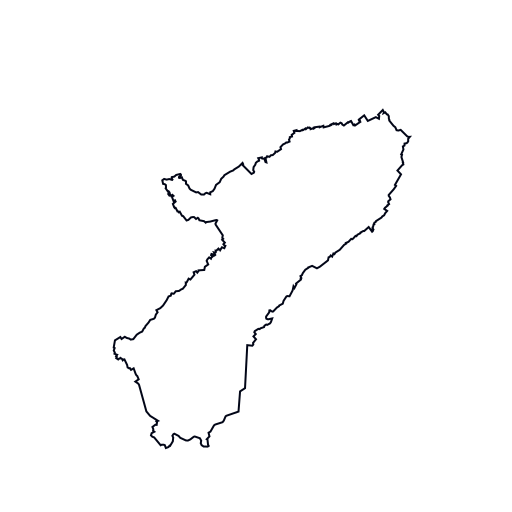 Song Phi Nong, Suphan Buri, Thailand (orthographic projection), rotated 321°
{"feature_id": "78962969B33377664551397", "entity_name": "Song Phi Nong", "entity_type": "district", "adm_level": 2, "iso_a3": "THA", "parent_name": "Thailand", "parent_adm1": "Suphan Buri", "projection": "orthographic", "projection_center": [99.994, 14.203], "detail": "fine", "context": "isolated", "style": "outline", "palette": "ink", "viewbox_px": 512, "rotation_deg": 321, "n_neighbors": 0, "source": "geoboundaries", "source_scale": "gbopen_adm2", "svg_char_len": 6091}
<svg xmlns="http://www.w3.org/2000/svg" viewBox="0 0 512 512"><g transform="rotate(321 256 256)"><path d="M429.2,275.9L431.3,270.6L433.2,269.2L432.8,268.4L437.6,266.0L439.1,263.3L440.9,263.6L442.2,262.1L444.0,263.1L445.1,263.1L446.5,262.6L448.0,260.7L450.5,260.2L449.5,259.5L448.8,258.1L447.8,249.0L445.6,248.1L444.4,246.7L445.3,243.6L444.8,241.4L444.8,234.6L445.3,234.2L445.6,233.0L447.2,230.9L447.4,228.8L446.8,228.2L446.9,225.7L445.1,225.3L445.9,224.8L446.4,222.3L439.8,223.1L439.9,224.7L437.9,226.7L436.5,223.5L427.9,221.4L428.6,214.8L421.9,214.7L422.0,215.8L421.3,215.8L421.4,217.4L415.1,216.9L415.3,215.8L414.0,215.6L414.8,211.0L414.0,210.9L414.0,210.6L411.6,210.4L411.6,209.9L406.4,209.9L405.8,208.2L406.1,206.7L405.5,205.5L402.8,205.5L402.6,204.8L401.2,204.4L401.6,203.2L399.6,202.5L399.8,201.7L396.7,200.9L396.7,201.5L394.7,201.0L389.5,198.6L390.3,197.2L386.5,196.0L386.8,195.4L382.5,192.8L381.9,192.6L381.7,193.4L380.7,193.2L380.7,192.7L378.3,191.8L378.7,191.2L378.5,190.0L377.9,190.0L377.2,188.7L374.6,188.8L374.7,188.0L371.9,187.8L371.2,187.5L371.3,187.1L368.7,186.6L365.9,184.1L366.5,183.6L364.1,182.5L363.3,184.5L360.0,184.3L359.2,185.8L357.1,184.9L356.2,185.9L354.9,186.3L354.1,188.2L351.4,187.4L351.0,186.8L349.1,186.8L347.4,186.3L343.5,186.8L342.7,188.7L338.0,188.3L336.9,187.0L335.8,187.9L332.5,188.1L331.0,187.1L328.9,187.4L327.4,185.5L326.3,186.1L325.1,185.6L323.0,189.8L322.5,189.0L323.7,185.5L322.1,184.2L322.1,183.4L322.5,183.0L319.3,181.4L318.9,183.2L318.4,183.9L316.5,183.4L314.5,183.5L312.9,184.6L310.1,185.4L307.9,187.5L307.6,189.4L306.7,189.9L304.1,189.4L302.8,176.5L303.8,176.5L304.1,175.2L299.0,175.7L293.5,175.0L292.3,175.2L289.0,174.2L282.3,173.3L280.7,173.9L277.6,174.1L274.2,175.8L269.7,175.6L266.1,177.6L263.2,178.4L260.5,177.7L259.3,179.2L257.4,175.8L256.2,175.4L254.2,175.5L252.1,173.7L251.2,169.9L249.5,168.9L247.0,163.5L246.8,161.8L247.7,158.5L247.0,155.8L248.4,154.2L248.6,153.5L247.1,150.8L247.9,148.2L245.9,147.5L245.4,146.7L245.9,146.1L248.4,146.1L248.9,145.4L248.8,144.6L245.0,142.8L242.5,142.9L240.2,141.7L239.5,142.3L239.2,144.0L238.7,144.1L237.0,141.6L234.6,140.4L233.1,138.3L230.8,138.2L229.2,141.5L230.3,142.8L230.6,144.2L229.1,146.2L228.4,146.5L228.1,150.6L228.8,150.7L228.8,151.9L228.6,152.6L226.8,152.6L226.7,154.5L228.0,154.6L227.8,156.0L229.5,155.9L229.7,157.3L228.0,157.1L227.4,158.6L226.5,161.4L228.1,161.7L227.8,163.1L224.2,163.2L223.1,166.6L223.4,166.8L223.1,167.8L223.8,168.2L223.1,171.5L223.4,171.5L223.5,173.5L224.6,173.6L223.8,178.2L224.5,179.2L224.4,184.7L226.2,185.4L229.8,185.1L231.6,186.1L232.4,186.9L232.7,189.5L234.8,189.7L235.0,190.7L234.5,192.6L237.5,196.2L237.9,198.4L238.5,198.2L242.0,200.4L246.9,202.6L248.1,203.3L248.3,203.9L244.9,205.3L244.4,206.1L243.2,219.0L241.2,220.7L241.3,222.0L239.9,222.1L240.2,226.0L238.1,226.3L238.1,227.8L238.6,228.8L236.3,230.0L235.0,227.8L231.9,228.9L232.1,228.1L231.3,227.8L231.4,226.6L228.4,226.9L228.0,226.4L227.0,227.8L226.1,227.5L225.6,226.8L225.0,229.5L224.1,229.5L223.8,228.0L222.7,226.4L221.6,227.1L222.0,229.1L220.0,229.2L219.3,229.7L218.7,227.6L216.1,228.0L214.6,228.7L213.5,232.5L209.5,232.2L207.0,234.3L202.3,231.0L201.9,231.5L199.9,232.0L199.9,230.1L197.3,229.4L196.4,231.8L190.2,233.0L189.4,231.2L185.9,232.7L184.6,233.0L184.5,232.7L183.2,234.4L178.4,235.4L177.0,234.9L174.2,234.7L171.4,232.9L168.6,233.6L167.9,233.3L167.1,232.0L166.6,231.9L164.8,233.2L162.6,232.4L158.8,234.1L152.6,236.0L148.8,236.3L144.5,235.4L144.1,237.8L141.3,238.5L138.7,240.3L137.1,240.5L133.6,239.1L130.6,240.1L126.0,240.9L124.4,241.8L123.3,241.7L120.0,243.1L117.3,242.4L113.8,242.1L108.3,243.4L106.0,242.1L105.6,240.5L104.0,238.4L103.2,236.2L99.3,235.9L99.6,233.6L93.3,232.8L87.8,237.6L88.2,238.6L86.0,239.9L85.5,242.2L84.5,242.9L85.9,245.4L84.1,245.9L84.3,246.9L83.1,247.4L83.8,249.7L85.1,249.6L85.9,250.1L86.5,249.9L87.1,251.7L86.8,253.2L88.1,253.1L88.7,253.5L87.3,259.5L86.1,261.8L86.7,263.4L87.4,263.7L87.2,265.8L90.2,266.3L88.3,271.8L88.0,273.3L88.2,274.6L87.2,278.0L83.2,277.7L84.2,281.1L84.0,282.6L73.0,307.8L73.1,313.6L76.1,322.4L74.5,321.9L74.5,322.9L72.5,324.7L71.7,323.8L67.9,323.7L67.2,326.0L66.1,327.0L66.4,328.6L63.4,328.0L61.5,329.3L61.7,331.2L62.7,332.9L62.8,343.1L63.9,343.3L65.5,344.6L66.1,345.6L65.1,348.5L67.8,349.4L69.4,349.0L69.7,349.5L74.7,347.7L77.4,345.0L77.9,343.1L79.7,342.5L80.7,342.7L82.6,347.1L82.7,349.6L85.5,355.3L87.0,356.6L89.5,357.2L93.8,357.3L94.8,357.7L97.7,362.3L97.2,365.0L95.2,366.8L94.7,368.8L95.4,371.1L98.5,373.7L99.7,373.8L100.0,372.4L102.8,368.1L102.5,367.4L106.3,366.9L107.9,363.5L110.1,363.8L116.8,361.2L118.2,361.3L125.4,364.1L127.3,363.7L131.4,361.5L132.4,361.5L144.5,365.9L158.4,351.2L164.3,351.8L193.1,319.8L196.7,323.4L198.2,323.1L199.0,321.7L203.6,320.7L203.4,316.9L206.7,316.5L206.7,314.2L207.8,313.6L212.0,314.1L212.8,315.1L213.9,315.0L217.5,316.3L218.7,315.5L220.8,315.7L221.4,316.6L224.5,317.2L226.1,316.7L229.3,314.7L225.5,312.8L224.6,311.3L224.9,310.4L225.8,309.4L230.8,308.1L232.2,306.7L232.9,307.1L233.2,308.6L234.0,309.8L234.5,309.9L239.9,309.2L242.2,309.5L242.9,309.1L246.8,309.9L249.2,308.2L254.1,306.6L255.1,306.8L256.7,308.4L262.8,305.8L266.0,303.2L265.7,305.1L269.6,303.4L269.8,302.6L276.1,302.6L276.6,301.5L277.4,301.6L277.9,299.6L279.6,299.8L281.5,298.8L285.7,297.7L289.2,298.1L289.4,297.8L293.4,299.0L295.6,303.9L298.8,304.5L309.2,304.7L311.6,302.7L312.7,303.1L314.4,302.6L314.8,304.4L317.7,302.8L318.1,303.9L319.9,303.3L324.9,303.9L331.4,302.8L333.9,303.1L334.1,302.4L336.8,303.2L340.8,302.6L341.3,303.5L342.3,303.6L346.0,303.0L346.5,303.8L348.3,303.3L351.4,304.0L351.9,303.5L355.1,304.1L355.8,304.7L361.8,304.4L361.5,310.2L362.3,310.2L363.9,309.3L363.6,308.2L364.2,308.1L364.6,307.1L365.2,307.1L367.2,305.5L367.9,305.8L368.2,305.1L369.0,304.6L370.3,304.9L371.2,304.4L377.7,305.1L379.1,304.7L381.2,305.0L383.4,304.0L386.3,303.5L385.3,300.1L386.5,299.7L389.9,299.7L390.0,299.3L392.1,299.4L392.6,297.3L393.2,296.7L396.2,296.6L396.9,294.8L397.0,292.8L397.5,292.1L405.0,290.8L409.0,289.7L408.7,288.2L420.1,283.8L419.7,278.6L426.7,277.4L428.1,277.6L428.9,275.8L429.2,275.9Z" fill="none" stroke="#020617" stroke-width="2"/></g></svg>